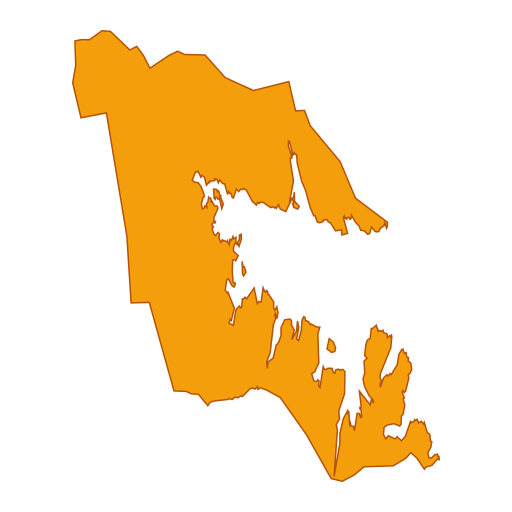 Lebesby nor, Finnmark, Norway, rotated 90°
{"feature_id": "86288312B28845238871652", "entity_name": "Lebesby nor", "entity_type": "district", "adm_level": 2, "iso_a3": "NOR", "parent_name": "Norway", "parent_adm1": "Finnmark", "projection": "robinson", "projection_center": [27.103, 70.553], "detail": "fine", "context": "isolated", "style": "filled", "palette": "amber", "viewbox_px": 512, "rotation_deg": 90, "n_neighbors": 0, "source": "geoboundaries", "source_scale": "gbopen_adm2", "svg_char_len": 6130}
<svg xmlns="http://www.w3.org/2000/svg" viewBox="0 0 512 512"><g transform="rotate(90 256 256)"><path d="M405.6,304.2L402.3,301.8L401.0,298.0L399.4,283.7L398.6,282.6L399.5,279.8L397.1,277.0L397.8,274.4L395.9,271.0L396.5,269.6L388.8,261.9L387.9,259.5L389.1,257.0L386.7,254.6L389.3,254.2L387.9,251.5L390.2,245.1L397.5,231.8L434.6,205.6L478.6,180.8L481.3,169.8L474.9,157.6L466.8,148.0L465.8,118.8L458.5,106.4L452.6,101.1L458.3,95.0L469.2,87.6L467.0,86.0L465.3,80.0L458.2,73.8L460.4,72.7L456.3,73.1L456.0,74.4L454.2,74.6L454.6,77.1L458.1,80.8L457.4,83.3L452.5,84.1L447.4,81.2L441.7,80.2L440.7,81.6L434.3,82.2L432.4,84.8L422.5,87.7L424.2,88.2L421.3,90.7L422.9,93.3L419.3,95.0L420.4,96.3L419.6,97.4L421.8,98.1L421.9,100.3L422.9,101.1L421.8,101.6L436.4,106.7L440.8,110.6L436.7,114.9L438.5,116.1L438.6,117.5L435.7,123.6L438.8,126.2L434.5,128.6L427.5,127.9L425.0,124.7L423.7,118.0L426.0,112.4L424.5,111.0L416.3,110.6L414.1,108.9L405.4,107.2L398.8,108.8L398.0,107.6L392.0,109.9L390.7,109.0L392.5,107.7L391.3,106.4L378.1,103.2L374.8,103.8L373.3,101.9L369.2,100.3L363.0,101.3L360.9,103.8L357.5,103.5L357.7,104.5L356.0,105.5L352.6,105.9L353.4,107.7L349.1,109.1L349.3,110.1L354.3,113.1L364.7,114.8L374.6,120.8L373.6,122.0L376.1,123.7L374.7,125.1L378.0,128.5L387.4,131.7L383.0,131.8L381.5,130.3L377.5,132.0L373.2,131.5L347.9,121.2L336.3,120.2L335.3,120.5L336.1,121.0L335.2,121.0L336.0,121.2L335.5,122.0L337.6,124.5L333.8,125.0L332.6,128.4L330.2,129.0L331.4,131.0L330.3,132.9L331.3,133.9L325.2,135.7L328.5,139.5L328.4,140.7L338.4,141.9L340.2,144.7L344.3,146.1L354.8,147.3L356.6,147.0L355.6,147.0L358.2,145.0L361.2,148.0L372.9,147.2L379.0,149.0L386.7,147.4L396.0,142.7L399.8,139.1L403.0,138.3L399.8,140.7L404.8,141.8L391.2,152.6L405.7,150.9L408.0,151.1L407.4,152.0L408.5,152.2L410.0,151.0L416.8,150.3L417.5,151.4L413.8,152.5L413.2,154.8L430.6,157.6L426.3,158.6L426.0,161.0L423.1,161.6L424.6,162.3L410.9,163.3L414.5,164.1L410.8,164.4L418.7,168.7L432.9,172.0L443.7,172.2L476.4,177.9L430.0,174.6L424.3,175.7L419.1,172.5L411.0,173.2L393.6,167.4L371.5,167.1L369.4,169.2L370.0,172.4L369.1,173.5L370.0,176.4L373.2,177.2L372.7,178.6L368.3,180.0L368.3,184.3L369.7,186.0L369.1,187.7L366.6,188.8L387.6,192.0L385.9,193.4L380.9,193.0L379.8,194.1L381.0,194.8L381.5,197.2L380.3,198.4L373.7,200.3L371.9,197.3L363.0,193.2L333.9,194.1L327.1,192.2L327.0,195.3L324.1,200.8L324.7,201.5L321.5,203.6L320.5,206.5L317.4,206.9L316.7,208.3L320.3,210.0L330.9,210.8L340.6,213.4L339.1,215.3L327.3,213.2L321.0,214.5L331.3,215.5L339.6,220.4L330.1,217.7L325.3,220.4L320.5,220.6L319.0,222.1L319.8,227.3L327.6,231.0L335.7,231.0L342.4,233.4L345.2,235.8L358.1,238.9L362.0,244.0L368.4,244.7L361.7,245.3L352.7,241.8L324.5,238.6L318.6,236.3L314.3,237.3L313.5,236.7L318.7,235.1L312.7,234.0L306.8,235.2L310.2,237.1L308.1,238.3L302.1,238.3L294.7,243.0L294.5,244.1L291.5,244.4L290.5,245.6L292.1,246.3L291.7,247.3L287.8,248.9L302.0,250.9L301.5,253.1L303.5,254.7L288.0,257.9L298.8,265.4L297.2,267.1L299.0,268.3L298.8,269.6L307.2,270.4L307.8,271.4L306.0,272.6L309.9,276.1L325.2,278.6L323.3,283.0L319.3,282.0L320.6,280.7L308.2,277.6L292.3,284.0L293.1,284.4L290.4,286.8L279.9,285.3L278.9,283.6L285.2,280.3L287.1,278.0L284.4,276.7L282.7,277.1L283.2,278.0L282.0,279.0L270.5,279.7L260.1,279.3L259.7,277.3L260.7,276.2L255.5,273.8L251.2,278.5L246.9,278.4L243.7,277.2L243.8,276.2L237.3,276.0L238.8,278.2L236.5,279.0L240.3,280.6L239.4,282.1L244.7,282.7L240.8,284.5L242.0,284.8L240.4,288.1L241.0,289.1L239.9,289.6L242.4,291.5L237.4,293.1L234.1,292.4L232.4,293.9L235.4,296.5L234.4,297.9L229.9,299.6L227.3,299.5L227.1,298.6L224.3,300.3L222.4,298.3L223.0,297.1L221.6,296.5L220.7,298.0L217.6,298.1L208.2,294.0L205.9,295.0L206.3,296.5L205.3,297.8L200.1,300.8L202.9,300.7L198.1,301.4L198.4,302.3L197.2,303.3L202.3,304.2L203.3,305.5L207.6,305.1L205.7,307.0L208.3,308.0L208.9,309.7L203.9,310.6L197.6,308.9L196.8,307.8L194.4,308.0L186.8,310.8L182.7,313.8L182.0,317.9L180.2,319.7L171.7,316.4L172.1,314.9L171.2,314.0L177.3,311.1L175.4,310.1L177.2,307.5L185.2,305.6L181.7,302.7L182.4,302.5L181.1,301.4L180.6,297.2L178.8,297.3L179.5,295.0L182.8,293.6L179.9,292.4L183.6,289.4L183.7,287.4L193.6,284.6L191.6,283.2L193.5,282.7L193.3,281.1L197.6,279.7L198.0,278.6L189.1,275.6L191.6,273.2L189.0,271.1L189.6,269.3L188.4,268.3L190.2,265.6L201.4,259.7L205.1,255.7L202.3,254.3L203.6,253.0L202.2,251.5L202.2,249.2L207.7,241.1L206.6,239.8L208.0,237.4L207.2,236.3L208.4,235.5L204.7,233.5L209.0,231.8L211.6,226.2L198.6,220.1L201.7,218.3L204.4,218.7L203.9,219.2L207.3,218.3L209.1,214.2L206.5,212.8L201.1,217.5L192.2,217.7L196.8,218.4L200.4,222.2L181.0,218.5L161.3,221.6L157.9,221.6L158.1,220.2L156.2,220.2L146.1,223.6L141.0,223.6L141.3,222.6L155.0,219.1L152.6,217.6L154.4,216.9L154.7,215.3L163.2,214.8L181.1,210.4L190.5,206.4L207.6,201.8L215.8,198.3L215.6,196.9L221.9,194.8L222.8,192.3L221.6,189.0L219.9,188.3L219.7,184.7L221.9,183.8L223.1,181.3L230.8,176.6L229.9,170.4L235.0,170.1L233.4,164.4L217.7,168.6L215.9,167.7L218.6,166.7L219.1,165.2L217.7,165.1L217.3,163.3L219.4,162.1L218.4,160.9L215.1,160.6L222.4,156.4L226.0,152.9L230.2,151.3L231.0,147.4L234.3,144.4L233.5,142.3L227.0,140.5L231.5,136.9L231.9,135.2L231.5,133.2L228.4,131.7L225.7,128.0L222.9,127.2L228.2,125.4L226.2,124.7L222.3,124.5L198.2,156.5L161.6,171.9L125.7,201.8L110.4,207.5L110.9,216.4L81.6,223.2L90.5,258.6L77.7,286.7L55.0,307.0L54.5,327.5L51.2,334.3L55.5,343.2L68.2,362.1L55.9,368.3L46.4,375.2L50.0,382.2L31.4,401.6L30.7,410.0L39.8,422.6L39.6,430.7L41.0,437.1L65.4,436.3L83.0,439.3L117.8,431.0L112.9,405.6L236.4,385.1L302.9,380.9L302.4,362.7L390.9,338.0L391.4,325.9L393.8,320.6L394.3,313.6L405.6,304.2ZM348.0,176.4L342.2,178.6L338.7,182.8L348.9,185.0L352.5,180.2L351.4,177.2L348.0,176.4ZM208.7,290.2L203.9,288.7L197.7,291.3L195.1,291.1L196.5,291.9L192.0,292.9L190.9,293.6L191.9,294.5L189.4,295.3L189.1,298.4L198.1,297.9L199.3,296.9L197.3,296.4L197.1,295.4L199.2,294.0L198.1,292.6L208.7,290.2ZM273.5,269.5L275.9,268.5L272.2,266.0L266.8,267.7L267.1,268.8L261.4,269.9L273.5,269.5ZM239.5,270.7L233.5,270.7L235.3,271.4L235.0,272.5L239.7,272.7L243.0,274.9L245.2,275.0L243.7,274.2L246.4,273.0L239.5,270.7Z" fill="#f59e0b" stroke="#b45309" stroke-width="1.5"/></g></svg>